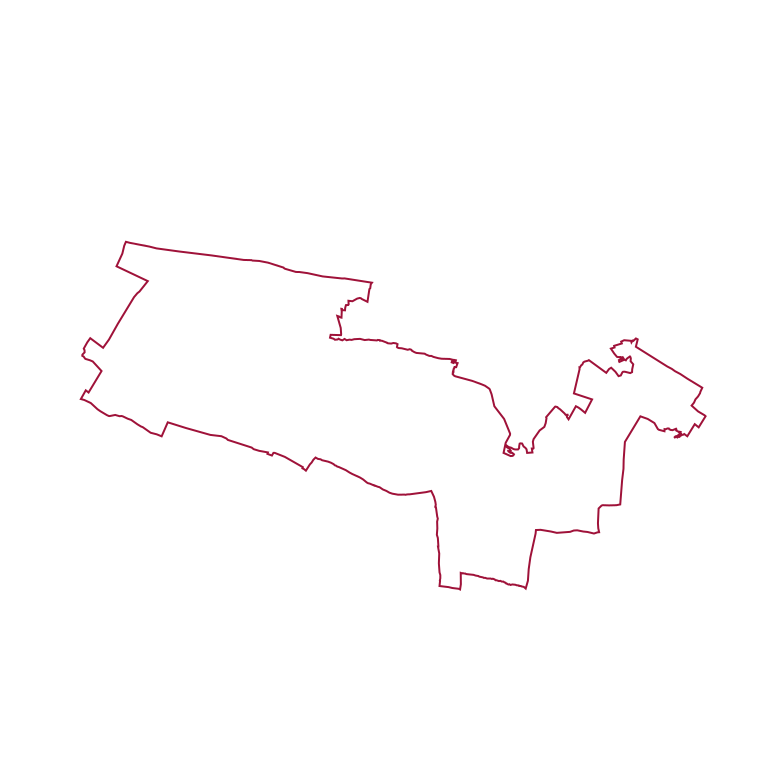 Beresti-Meria, Galati, Romania (Albers equal-area conic projection), rotated 120°
{"feature_id": "2599482B493260480415", "entity_name": "Beresti-Meria", "entity_type": "district", "adm_level": 2, "iso_a3": "ROU", "parent_name": "Romania", "parent_adm1": "Galati", "projection": "albers", "projection_center": [27.919, 46.071], "detail": "fine", "context": "isolated", "style": "outline", "palette": "rose", "viewbox_px": 768, "rotation_deg": 120, "n_neighbors": 0, "source": "geoboundaries", "source_scale": "gbopen_adm2", "svg_char_len": 6158}
<svg xmlns="http://www.w3.org/2000/svg" viewBox="0 0 768 768"><g transform="rotate(120 384 384)"><path d="M526.4,237.3L526.5,237.0L531.2,234.9L527.6,226.5L526.5,222.8L524.0,216.9L523.9,215.4L519.0,217.3L509.2,223.1L508.9,221.5L508.4,221.2L508.1,219.9L507.5,218.9L507.5,217.8L506.9,216.4L504.5,211.0L504.1,208.9L503.1,206.2L503.2,205.2L502.0,201.6L502.0,200.6L501.3,199.5L500.9,197.4L499.2,194.5L498.9,193.0L498.2,192.4L497.9,190.4L498.2,189.3L497.7,188.5L497.2,185.9L496.3,184.8L496.2,183.1L495.4,181.8L495.6,180.4L495.3,179.5L495.7,178.6L495.4,178.0L495.6,177.1L495.3,175.7L494.7,175.2L494.8,174.0L493.4,172.6L492.2,169.9L491.9,168.2L491.3,167.2L491.4,166.4L491.0,165.9L491.1,165.5L490.5,164.5L490.6,163.9L489.8,161.5L490.3,159.0L482.4,161.0L472.0,166.1L460.9,170.6L437.8,177.9L434.5,179.4L432.0,175.5L430.9,172.6L428.3,165.7L426.5,159.9L419.0,148.9L416.0,146.4L414.1,143.5L412.1,137.6L410.4,133.8L408.5,127.4L405.7,124.9L404.8,123.6L401.8,126.3L397.6,129.1L384.5,135.9L380.5,134.8L379.6,134.0L376.6,128.4L372.8,122.2L370.2,119.2L348.2,129.7L337.7,134.2L329.7,138.6L313.7,146.4L283.8,145.8L282.4,138.1L282.6,130.3L286.1,124.3L286.2,123.0L284.7,117.5L282.8,118.5L282.5,117.6L280.8,116.3L280.1,115.1L280.6,114.1L280.4,113.8L280.5,112.9L279.7,111.0L276.7,108.7L277.0,108.2L277.7,108.4L278.2,107.6L278.1,105.6L277.4,103.7L278.4,104.0L278.6,102.9L278.2,102.1L278.5,101.8L280.8,103.6L281.9,103.6L283.6,105.4L285.5,105.9L283.2,104.1L283.6,103.2L282.5,102.6L282.1,101.7L280.9,101.5L278.7,100.1L278.2,99.4L277.2,99.0L277.6,95.2L263.4,94.8L264.2,89.8L251.1,89.4L250.8,90.7L250.7,98.3L248.9,106.8L245.1,106.2L241.6,106.6L237.8,105.8L233.9,105.7L232.7,106.1L228.1,106.5L227.7,124.0L227.2,132.4L227.4,138.4L227.0,142.3L227.2,147.4L225.8,184.5L218.5,186.6L218.6,188.6L221.9,189.6L221.8,190.2L222.3,190.5L224.2,190.5L223.1,191.7L226.0,197.9L228.7,199.8L230.0,198.3L235.9,203.8L237.1,202.6L239.9,205.2L242.5,199.9L244.0,195.8L243.7,194.8L242.4,192.7L242.1,191.3L241.4,190.7L242.0,189.5L243.8,190.9L244.1,191.7L245.8,192.5L246.1,192.0L246.9,191.7L247.2,191.2L242.8,188.0L242.6,186.4L241.0,186.4L239.8,186.0L237.2,184.8L237.5,184.0L238.5,183.0L241.0,181.8L242.3,178.0L247.2,176.4L249.7,175.1L251.4,176.2L253.0,181.7L253.9,183.1L254.8,183.4L258.2,183.2L259.9,184.8L257.7,189.7L256.3,195.4L258.6,196.6L263.2,197.1L260.9,218.5L261.7,218.9L264.4,221.6L265.7,222.2L268.0,222.0L269.3,222.6L271.8,222.6L271.9,223.0L273.5,222.0L297.2,214.8L293.3,196.1L308.4,195.4L307.5,200.8L307.2,203.7L307.3,206.7L322.3,206.5L321.1,209.1L320.6,209.5L319.5,209.6L318.4,209.0L319.9,211.3L319.2,213.0L317.9,218.8L317.7,221.2L317.3,222.3L317.8,224.2L318.1,224.5L331.7,227.0L332.3,226.2L337.1,224.4L341.0,223.7L346.4,226.0L356.9,226.9L359.6,226.2L364.7,222.4L365.3,222.4L366.0,223.7L369.1,221.2L372.1,225.6L369.3,227.9L368.6,229.6L368.3,231.9L366.5,234.6L367.2,236.2L367.8,236.7L370.1,235.9L372.1,234.9L373.7,235.2L375.2,237.9L375.6,239.4L375.6,242.1L376.3,244.6L375.9,247.7L375.6,248.4L376.5,248.1L377.3,246.0L377.4,243.0L378.5,240.7L379.2,240.6L379.9,242.8L380.1,242.6L380.4,240.4L380.2,239.6L379.5,238.6L379.9,236.3L381.2,236.3L382.1,236.9L383.1,238.3L383.9,246.0L374.1,249.2L365.1,249.4L363.9,250.0L354.2,262.5L348.1,277.3L339.1,285.7L335.7,289.8L335.4,290.7L335.0,295.7L335.5,299.5L337.2,309.2L341.7,326.2L341.7,327.8L341.0,329.6L339.3,329.7L338.4,330.1L338.7,330.5L335.7,331.3L335.5,331.0L334.0,331.4L333.3,329.9L330.4,330.5L329.8,331.2L329.7,330.6L329.1,330.7L329.8,333.0L327.5,333.6L328.0,335.1L331.1,334.4L331.4,336.2L328.7,336.8L329.5,339.7L333.3,346.7L334.5,349.9L335.8,354.7L336.0,357.0L337.0,358.8L337.5,362.3L337.4,363.9L340.9,371.5L341.2,373.5L341.2,376.5L340.7,377.4L341.0,379.1L342.5,380.6L344.2,386.5L345.5,389.2L345.7,390.6L345.5,391.3L342.7,392.2L342.8,393.9L343.8,396.4L345.4,398.0L346.8,401.0L346.9,401.6L346.7,401.8L347.6,407.5L348.5,409.2L348.1,409.6L349.0,411.5L349.8,411.9L352.7,417.9L353.1,419.3L355.6,422.7L356.9,427.3L360.1,432.2L362.0,434.1L362.8,436.0L364.8,438.3L364.7,440.7L367.0,441.9L367.5,444.2L367.5,446.0L368.6,446.4L370.2,448.6L370.0,450.3L370.9,453.9L368.1,454.8L363.2,445.7L362.3,446.0L357.1,449.5L348.4,458.5L348.0,456.6L348.2,455.4L347.8,454.0L342.4,456.8L340.2,458.5L340.0,458.0L341.0,457.3L339.7,454.6L337.4,455.7L334.7,456.4L333.5,454.5L332.8,454.4L329.7,456.4L328.1,452.7L323.4,449.9L321.6,448.0L321.3,446.8L321.5,445.8L321.1,439.4L309.1,444.1L308.0,443.8L304.3,445.3L302.3,445.1L312.3,471.0L313.5,472.9L321.5,490.9L326.2,505.6L329.3,513.2L331.0,516.3L333.7,527.3L333.7,528.4L333.4,529.2L336.9,545.1L339.8,553.5L342.9,559.7L343.0,560.7L346.7,567.5L358.9,597.7L371.6,627.5L380.3,648.8L382.3,655.9L388.8,674.6L389.9,678.6L394.1,678.1L401.9,675.8L415.8,674.5L413.0,640.0L426.2,642.0L428.7,643.0L433.7,643.9L465.0,644.6L483.0,644.4L493.1,645.4L491.2,661.3L496.3,661.8L503.5,661.7L504.4,660.3L506.3,659.1L509.0,659.8L509.7,659.8L510.5,659.3L510.4,657.9L511.5,655.5L511.5,654.9L510.5,650.7L510.1,647.5L514.0,635.1L539.1,635.6L538.6,639.1L548.6,639.0L547.7,635.6L547.1,628.4L549.1,619.5L549.4,616.0L549.5,608.4L549.3,606.3L548.9,605.5L545.2,601.3L544.1,596.9L542.9,595.2L542.6,593.9L542.2,588.6L541.5,584.9L542.2,577.4L542.3,573.2L542.0,571.4L542.9,561.7L541.2,555.6L540.5,550.4L525.3,552.1L521.2,533.7L514.9,508.9L510.5,498.7L510.0,493.2L510.5,491.3L505.2,466.8L505.6,464.3L504.3,458.7L501.3,450.3L502.8,450.0L502.0,445.3L498.9,445.3L498.3,444.3L496.7,433.4L496.6,412.7L497.8,412.5L497.7,410.7L498.1,408.3L490.7,408.0L488.2,407.4L485.0,407.3L481.9,406.5L481.9,403.8L480.9,401.2L481.0,399.6L479.2,393.6L478.7,390.6L478.6,387.6L479.0,385.9L478.7,384.6L478.9,383.3L478.5,381.7L477.7,374.0L477.9,369.6L477.8,366.3L477.0,358.2L477.1,354.4L477.9,349.6L477.9,348.2L477.4,346.6L476.8,341.6L476.6,341.7L476.1,338.1L475.6,336.2L475.9,332.3L475.4,328.5L475.4,324.9L474.8,321.9L472.8,316.4L469.5,310.9L469.2,310.0L468.0,308.7L466.7,306.6L456.7,293.6L453.0,289.6L456.7,284.3L460.4,280.6L462.8,278.7L464.5,278.3L465.0,277.9L464.8,277.4L472.1,271.7L473.7,270.1L476.6,269.2L482.4,265.6L488.2,262.8L490.4,260.4L497.1,255.9L497.9,255.5L498.0,255.8L503.2,251.4L511.9,246.8L519.4,241.7L521.3,239.7L524.1,238.1L526.4,237.3Z" fill="none" stroke="#9f1239" stroke-width="2"/></g></svg>